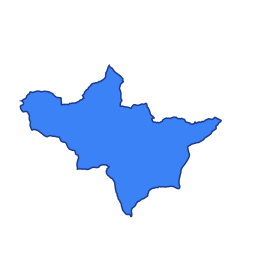 Guayabetal, Cundinamarca, Colombia, rotated 61°
{"feature_id": "7082276B39742975331466", "entity_name": "Guayabetal", "entity_type": "district", "adm_level": 2, "iso_a3": "COL", "parent_name": "Colombia", "parent_adm1": "Cundinamarca", "projection": "mercator", "projection_center": [-73.849, 4.248], "detail": "fine", "context": "isolated", "style": "filled", "palette": "blue", "viewbox_px": 256, "rotation_deg": 61, "n_neighbors": 0, "source": "geoboundaries", "source_scale": "gbopen_adm2", "svg_char_len": 5881}
<svg xmlns="http://www.w3.org/2000/svg" viewBox="0 0 256 256"><g transform="rotate(61 128 128)"><path d="M189.5,100.8L188.6,99.3L186.9,95.4L185.5,92.7L183.8,89.8L182.3,88.0L181.0,87.1L177.7,86.5L173.7,85.2L173.1,84.1L173.2,81.9L173.0,81.0L173.2,79.2L174.0,76.2L174.2,74.8L174.9,73.4L175.0,72.2L174.9,70.8L174.9,69.0L174.8,67.6L173.9,65.5L173.9,63.2L173.4,58.9L173.2,58.2L171.9,56.1L171.4,51.4L170.7,50.8L169.5,50.5L169.0,50.0L168.8,48.9L168.8,48.2L168.6,47.7L167.9,47.0L167.6,46.3L167.3,43.8L166.5,42.9L165.7,43.4L164.9,44.1L163.8,44.6L163.2,45.4L162.6,45.7L162.3,45.7L161.6,46.2L160.8,46.9L160.8,47.3L161.1,48.3L161.5,49.9L159.6,52.2L158.9,53.3L159.0,54.4L158.7,55.4L158.8,56.5L159.1,57.2L158.9,58.1L159.0,59.0L158.9,59.3L158.4,59.6L158.2,60.0L158.3,60.5L158.4,61.8L158.0,62.3L157.6,62.3L157.0,63.4L156.9,65.5L157.0,66.0L155.6,66.2L155.3,66.5L155.4,67.0L156.0,67.5L156.3,68.2L156.0,68.8L155.9,69.2L156.1,69.7L155.8,70.1L155.3,70.8L153.7,71.5L153.6,71.8L152.9,72.2L151.0,74.3L150.6,74.6L150.1,74.7L148.9,74.4L147.6,74.6L146.9,75.5L145.8,76.2L145.5,76.6L145.4,76.9L145.5,77.5L144.7,78.4L144.2,79.5L143.5,80.2L141.9,80.7L141.6,81.5L140.8,82.4L140.3,84.2L140.2,85.7L140.1,86.4L139.8,86.9L139.3,87.4L138.7,88.7L138.1,89.4L137.7,90.7L137.8,93.5L138.7,94.7L138.6,96.0L138.7,97.0L138.5,98.3L138.1,98.8L137.5,99.2L137.0,100.7L135.9,101.5L135.4,102.7L134.4,103.3L133.6,103.0L133.0,103.0L132.4,102.9L131.9,103.0L131.4,102.6L131.9,100.3L131.4,100.3L130.6,100.6L129.8,100.6L128.7,101.4L127.1,101.5L126.7,101.7L125.5,101.3L122.8,100.8L121.1,100.8L120.7,100.6L119.9,100.6L119.1,101.0L118.6,101.1L117.9,100.6L117.0,100.3L115.9,100.0L115.4,100.1L115.1,100.6L114.9,102.9L114.0,103.7L113.8,104.0L113.3,107.5L113.0,108.3L112.1,109.6L111.4,110.2L110.9,110.7L110.5,111.6L110.5,112.0L110.9,113.2L111.4,114.5L112.1,115.3L112.1,115.8L109.6,118.2L108.3,120.1L106.2,122.3L105.2,124.1L104.6,124.0L102.8,122.7L101.9,121.8L101.2,120.2L100.1,119.9L98.9,119.9L98.2,119.7L95.9,118.3L93.5,117.0L92.7,117.0L91.3,116.5L90.3,116.7L89.3,116.3L88.5,115.7L86.2,113.3L85.7,111.8L85.4,110.1L85.1,109.5L84.9,109.4L84.2,109.8L83.9,109.9L83.2,109.1L82.5,108.7L78.9,109.4L73.6,111.9L72.5,112.3L69.9,112.8L68.2,112.8L67.8,113.0L67.1,113.6L66.6,113.8L64.9,114.3L64.2,114.2L65.0,115.5L68.2,119.1L68.9,120.1L69.2,120.8L70.6,121.5L71.2,122.1L72.5,122.9L72.9,123.4L73.5,125.3L73.6,126.5L73.8,127.3L73.7,128.3L74.0,129.4L73.3,130.7L73.5,132.6L73.2,133.7L72.7,134.6L72.7,135.4L72.3,136.2L71.9,138.0L72.3,139.3L72.9,140.0L73.4,142.7L74.2,143.8L74.5,144.3L74.6,144.9L74.4,145.5L74.5,145.9L75.0,146.9L75.6,148.7L76.6,149.3L76.9,149.9L77.5,152.0L80.4,152.0L80.2,153.0L80.7,153.9L80.8,154.5L80.4,156.2L80.9,157.8L80.7,161.4L80.5,161.8L80.4,162.7L79.9,163.2L79.8,164.0L79.5,164.5L79.2,164.7L79.0,165.8L78.3,167.0L78.4,167.6L78.7,168.4L78.7,168.8L78.0,169.4L77.2,171.1L76.8,171.7L75.5,174.2L75.6,174.7L75.0,174.8L74.2,174.5L73.0,173.6L70.9,173.0L69.8,172.1L69.6,172.0L69.2,172.1L68.7,172.6L67.1,174.9L66.4,175.7L65.8,176.1L63.0,177.0L61.3,177.3L59.5,178.7L58.4,179.2L57.7,180.3L56.9,181.0L55.4,183.2L54.5,185.7L54.0,186.5L52.6,188.0L51.8,189.3L51.2,191.5L51.1,192.1L51.1,193.1L51.0,193.6L49.3,195.6L49.1,196.2L49.2,196.5L50.1,197.6L50.2,197.9L50.2,198.9L51.1,201.3L51.5,201.7L52.1,202.1L52.3,202.5L52.5,203.4L52.4,205.8L52.7,207.5L52.6,208.0L52.9,207.7L53.7,207.4L54.4,207.2L55.5,207.3L56.0,207.6L56.5,208.0L56.7,208.4L56.7,208.8L56.4,210.7L56.7,211.4L57.0,211.7L57.6,212.0L59.4,212.5L61.9,212.3L62.8,212.0L63.3,211.4L63.6,210.2L64.1,209.3L64.8,208.3L65.6,208.1L67.0,208.2L68.6,208.1L69.3,208.3L72.7,210.2L73.6,210.3L75.0,210.3L75.7,210.6L78.0,212.3L79.7,212.7L83.0,213.1L83.3,212.8L83.5,211.3L84.1,210.4L84.7,209.6L85.9,208.6L86.3,208.1L91.8,205.7L93.8,205.0L96.3,203.3L96.4,203.0L96.7,200.5L96.9,199.8L97.6,198.9L99.1,197.4L99.5,196.4L100.4,195.4L102.9,192.6L103.6,192.5L104.5,192.6L105.9,192.9L107.2,192.8L108.7,191.7L109.2,191.0L110.4,189.8L111.2,189.4L111.6,189.4L113.4,189.7L115.2,189.9L117.6,189.6L118.6,189.1L119.6,188.1L120.4,187.6L120.9,187.0L121.2,186.2L121.8,185.8L122.2,185.6L122.7,185.6L124.8,186.2L125.9,186.3L126.2,186.1L127.1,185.0L127.7,184.9L130.0,185.6L130.4,185.9L130.9,186.4L131.9,187.6L133.4,189.0L135.7,190.7L137.6,191.2L139.5,192.2L139.6,191.5L139.8,190.9L141.8,187.9L142.7,186.1L143.4,185.0L144.2,184.3L144.5,183.8L144.9,182.8L145.1,181.4L145.1,179.6L145.2,178.2L146.1,176.4L147.4,174.7L147.9,173.5L148.0,172.4L147.8,171.8L147.4,171.1L147.4,169.5L148.3,167.0L148.6,166.8L149.3,165.3L150.2,164.9L150.7,164.4L152.2,164.0L152.9,163.4L153.2,164.1L153.5,166.0L153.6,166.3L154.4,166.7L154.7,167.1L154.9,167.7L156.3,168.4L157.1,168.7L159.1,168.7L160.1,168.4L161.3,167.7L162.8,167.6L163.3,167.3L163.6,167.0L164.5,166.4L165.3,166.0L166.6,166.2L168.5,166.0L169.8,166.3L174.9,168.4L178.7,169.5L180.4,169.4L182.0,170.2L182.4,170.3L183.6,170.2L185.1,170.8L186.2,170.8L187.0,170.6L187.7,170.5L189.0,170.8L190.6,170.6L191.3,170.8L193.1,171.5L194.4,171.7L195.8,172.1L197.4,172.4L198.8,172.2L201.9,171.6L202.4,171.4L202.9,171.1L203.5,170.2L203.8,169.8L204.0,168.9L204.2,168.6L205.0,168.3L206.7,168.4L206.9,168.2L206.9,167.6L205.1,166.4L202.8,165.6L201.9,165.1L200.9,164.3L200.3,163.2L200.0,162.3L199.9,161.0L199.3,158.9L198.2,157.8L197.2,155.4L197.4,153.1L197.0,151.8L197.1,151.3L196.9,150.3L196.9,149.8L197.4,148.8L197.4,148.1L197.2,147.3L197.1,145.3L196.9,143.8L196.7,143.5L195.8,143.1L194.9,142.2L194.5,141.4L194.0,141.2L193.4,140.6L192.9,139.4L192.8,138.4L192.5,137.0L192.8,135.3L193.4,133.6L193.6,132.6L193.9,131.7L194.6,130.8L194.4,129.9L194.4,129.2L194.5,128.7L195.1,128.2L195.7,127.4L196.2,125.9L196.5,125.6L196.7,125.2L197.3,124.6L197.9,123.5L198.3,122.6L198.4,121.8L198.8,121.4L199.7,118.7L201.7,116.1L202.4,115.8L204.8,114.2L205.7,112.9L205.4,111.9L204.0,110.9L202.5,110.7L201.4,110.4L198.3,108.6L193.7,104.6L192.9,103.7L191.7,102.8L190.5,102.0L189.5,100.8Z" fill="#3b82f6" stroke="#1e3a8a" stroke-width="1.5"/></g></svg>